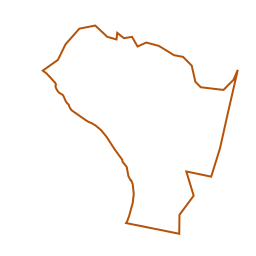 Pulaski, Illinois, United States of America, rotated 102°
{"feature_id": "52423323B7209485651557", "entity_name": "Pulaski", "entity_type": "district", "adm_level": 2, "iso_a3": "USA", "parent_name": "United States of America", "parent_adm1": "Illinois", "projection": "equal_earth", "projection_center": [-89.12, 37.202], "detail": "fine", "context": "isolated", "style": "outline", "palette": "amber", "viewbox_px": 256, "rotation_deg": 102, "n_neighbors": 0, "source": "geoboundaries", "source_scale": "gbopen_adm2", "svg_char_len": 883}
<svg xmlns="http://www.w3.org/2000/svg" viewBox="0 0 256 256"><g transform="rotate(102 128 128)"><path d="M221.4,110.1L220.8,55.9L202.2,59.6L180.6,49.7L158.4,61.9L158.3,36.5L128.9,33.8L91.1,33.4L48.3,32.7L58.9,34.8L70.9,42.5L73.0,65.3L68.8,71.7L53.8,78.6L47.0,88.9L47.2,98.2L41.3,114.8L40.6,127.9L46.3,135.6L38.0,143.0L41.0,150.6L37.2,158.3L43.8,157.7L43.1,167.3L34.6,181.3L40.9,196.2L59.1,206.5L75.9,210.7L89.6,223.3L91.6,219.0L99.0,208.5L100.7,207.4L101.5,207.8L103.3,207.2L106.1,204.9L107.8,202.8L109.1,199.0L109.6,198.2L114.9,194.3L116.6,192.5L117.4,190.9L120.1,189.3L122.4,186.9L129.0,171.3L130.3,167.6L130.8,164.6L132.3,160.2L135.8,153.7L141.3,146.9L151.2,137.1L160.2,127.1L162.2,126.3L166.3,121.2L175.0,117.6L179.3,114.0L177.9,114.4L182.0,111.7L191.6,108.6L200.4,107.8L213.8,108.6L218.7,109.3L219.4,109.4L221.4,110.1Z" fill="none" stroke="#b45309" stroke-width="2"/></g></svg>